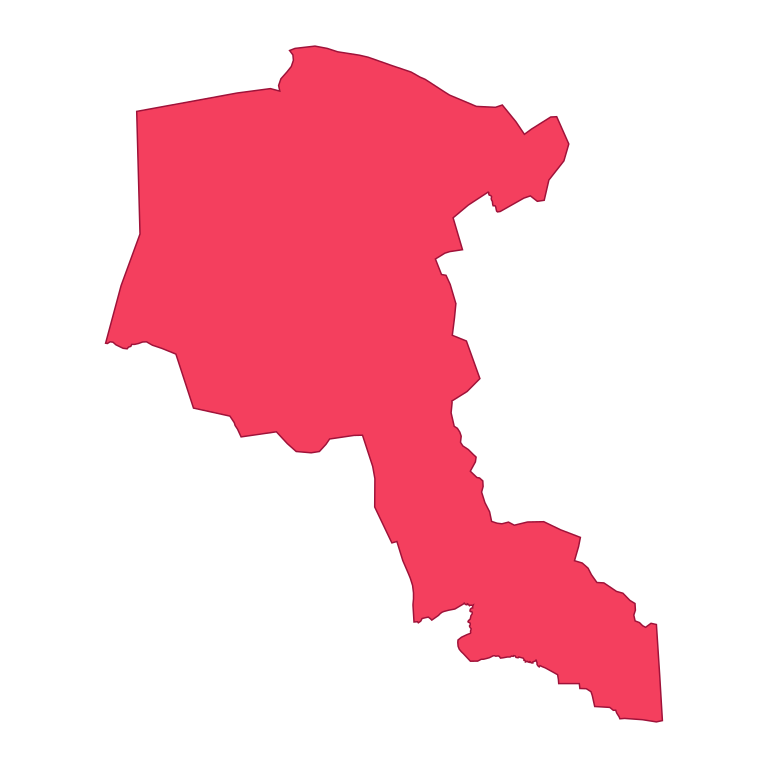 Kaura Namoda, Zamfara, Nigeria
{"feature_id": "59680162B64690225464412", "entity_name": "Kaura Namoda", "entity_type": "district", "adm_level": 2, "iso_a3": "NGA", "parent_name": "Nigeria", "parent_adm1": "Zamfara", "projection": "equal_earth", "projection_center": [6.672, 12.478], "detail": "fine", "context": "isolated", "style": "filled", "palette": "rose", "viewbox_px": 768, "rotation_deg": 0, "n_neighbors": 0, "source": "geoboundaries", "source_scale": "gbopen_adm2", "svg_char_len": 4020}
<svg xmlns="http://www.w3.org/2000/svg" viewBox="0 0 768 768"><path d="M241.1,436.9L276.4,431.8L287.3,443.6L296.2,451.5L311.2,452.8L319.4,451.5L326.0,444.3L329.6,439.0L354.0,435.4L362.5,435.2L372.7,466.4L374.9,478.7L374.7,507.0L390.6,540.3L391.9,542.9L396.9,541.5L402.8,560.6L408.5,573.8L410.3,578.2L412.6,585.5L413.5,592.9L413.5,598.9L413.3,601.0L413.0,604.2L413.0,605.7L413.4,612.1L414.0,622.0L415.3,621.9L417.5,621.7L418.3,622.8L420.7,621.2L422.1,618.5L425.4,617.7L428.3,617.1L430.4,618.7L431.8,620.1L438.5,615.4L440.0,613.8L441.9,612.3L443.8,611.5L448.7,610.2L454.9,609.0L463.2,604.1L464.2,603.1L464.6,603.5L465.3,604.4L466.9,604.8L467.2,604.5L467.3,603.7L467.7,603.8L468.1,604.4L468.7,604.8L469.4,605.7L469.8,605.3L470.6,605.3L471.4,605.2L472.5,605.4L473.2,605.0L472.6,606.7L472.7,607.9L471.5,608.1L470.4,609.1L470.0,610.3L470.1,611.3L470.7,611.7L471.7,611.6L472.3,612.7L472.2,613.7L470.9,615.8L470.6,617.4L470.2,619.1L468.8,620.3L468.3,620.9L468.0,621.6L468.2,622.1L469.8,622.8L470.3,623.7L470.2,625.0L469.5,625.8L469.6,626.5L470.2,627.6L471.1,628.6L471.1,629.2L470.5,631.1L470.7,632.5L470.4,633.3L466.8,634.7L461.5,637.2L458.0,640.0L457.8,642.5L458.1,646.3L459.3,649.3L461.4,651.8L463.3,653.6L470.4,661.2L477.7,661.1L481.2,659.3L483.7,659.2L486.5,658.5L489.4,657.7L491.2,656.8L493.1,655.8L494.6,655.7L495.7,656.2L498.2,655.9L499.4,656.5L500.5,658.1L503.0,657.8L507.4,657.0L508.8,657.0L510.2,657.0L511.4,656.1L513.3,656.3L513.7,655.6L514.5,655.8L515.2,656.0L515.8,657.1L516.0,657.4L518.1,657.8L518.8,657.0L523.1,658.1L524.1,659.6L524.0,660.3L524.7,660.3L525.3,661.1L525.4,662.0L526.1,661.8L526.5,661.4L527.6,661.4L528.1,662.1L528.7,662.1L529.1,662.2L529.5,661.6L530.1,661.6L530.3,662.5L530.9,662.4L531.8,663.0L532.9,662.9L532.8,662.0L533.6,661.6L534.3,661.3L534.7,661.3L535.4,660.9L535.7,660.2L536.3,660.2L536.5,661.6L537.0,662.5L537.0,664.3L537.6,665.4L538.4,666.3L539.2,666.9L540.1,665.6L542.3,666.7L545.3,667.9L557.6,674.7L558.4,679.5L558.7,683.6L579.3,683.6L579.9,688.5L586.3,688.7L591.0,691.7L592.3,695.6L594.7,706.5L609.8,707.4L613.3,710.3L615.7,710.2L616.3,712.0L616.9,713.4L619.1,716.8L619.9,718.8L624.9,718.4L625.7,718.5L642.5,719.7L656.4,721.9L662.4,720.6L659.7,675.3L656.4,624.5L651.0,623.3L645.6,627.3L642.6,625.7L639.5,622.6L635.1,620.9L633.8,615.1L635.4,610.2L635.0,603.5L629.9,600.4L622.9,593.2L616.5,591.4L603.9,582.9L596.9,582.5L591.4,574.7L588.1,568.2L582.2,563.0L574.5,560.7L578.6,546.5L580.4,537.4L560.6,529.8L543.8,521.7L527.5,522.0L514.3,525.2L508.5,522.1L501.9,523.8L497.1,523.2L491.6,521.4L489.6,511.8L484.9,502.6L481.6,492.1L483.1,486.5L482.8,480.9L479.6,478.0L476.9,477.5L470.3,471.2L475.4,461.9L476.1,457.1L473.0,454.2L468.4,449.6L462.8,445.9L460.5,442.3L461.2,436.2L459.8,432.1L457.4,428.3L454.2,426.3L451.1,412.8L452.1,402.7L451.9,401.0L467.1,391.5L479.9,378.6L466.4,341.0L452.3,335.3L454.5,317.8L455.9,303.5L455.8,303.4L450.2,284.4L446.0,275.3L441.5,274.5L435.4,259.0L444.8,253.2L449.8,251.6L462.5,249.7L453.1,217.8L468.4,205.0L488.1,192.1L488.7,192.5L488.7,193.9L489.2,195.1L490.7,195.5L491.6,196.7L491.2,198.8L491.6,200.1L492.4,201.5L492.6,203.6L492.8,204.9L493.2,205.8L494.3,205.7L495.3,206.0L495.8,207.3L496.2,209.5L496.6,211.1L497.5,211.9L500.2,211.5L523.9,198.1L530.4,195.9L537.3,201.3L544.2,200.3L548.9,180.0L563.9,160.9L568.8,144.0L556.7,116.7L550.7,117.0L531.6,129.0L524.4,134.3L515.9,121.7L502.3,105.0L495.5,107.3L476.4,106.4L449.6,95.1L444.5,91.9L425.1,79.3L423.3,78.5L420.0,77.1L411.2,72.1L390.8,65.2L368.1,57.2L359.5,55.2L337.7,51.8L327.2,48.4L315.0,46.1L302.7,47.5L295.0,48.4L289.6,50.5L292.9,54.9L293.4,60.3L291.3,66.5L287.0,71.9L280.9,78.8L278.6,85.5L279.8,91.1L270.4,88.6L237.2,93.0L136.7,111.4L140.0,234.0L121.1,285.6L105.6,343.2L107.4,343.5L110.1,341.8L113.0,342.2L115.9,344.8L123.1,348.3L127.2,348.8L128.5,347.1L130.8,346.4L131.7,344.4L134.5,344.4L138.5,343.5L142.6,342.0L146.5,341.8L152.4,345.2L161.9,348.4L175.9,354.1L188.3,392.1L193.5,408.1L229.9,416.1L234.3,422.7L235.1,425.5L237.5,429.1L241.1,436.9Z" fill="#f43f5e" stroke="#9f1239" stroke-width="1.5"/></svg>